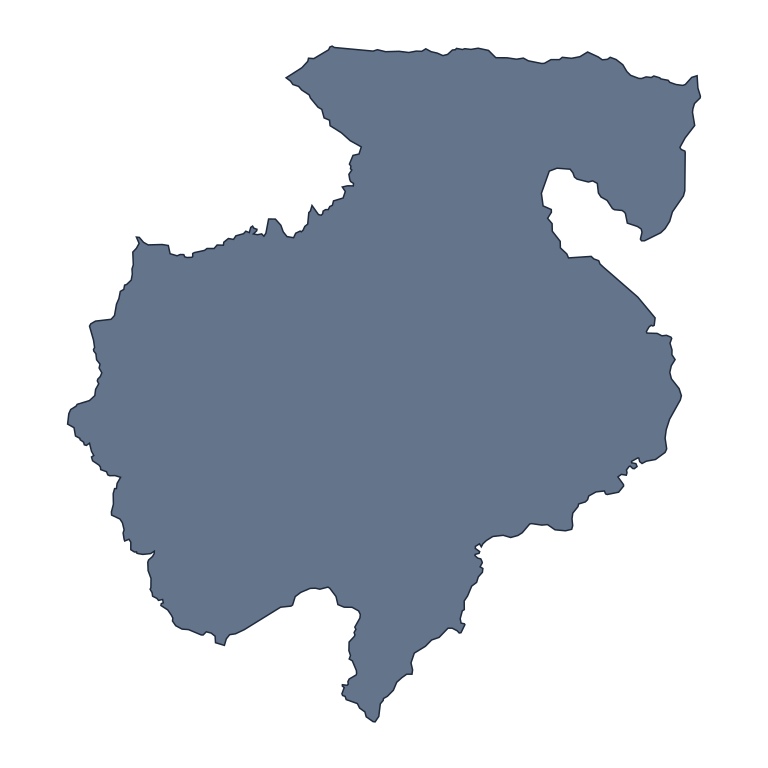 outline of Laclo, Manatuto, East Timor
{"feature_id": "22284137B24782951850467", "entity_name": "Laclo", "entity_type": "district", "adm_level": 2, "iso_a3": "TLS", "parent_name": "East Timor", "parent_adm1": "Manatuto", "projection": "albers", "projection_center": [125.887, -8.591], "detail": "fine", "context": "isolated", "style": "filled", "palette": "slate", "viewbox_px": 768, "rotation_deg": 0, "n_neighbors": 0, "source": "geoboundaries", "source_scale": "gbopen_adm2", "svg_char_len": 6024}
<svg xmlns="http://www.w3.org/2000/svg" viewBox="0 0 768 768"><path d="M697.1,75.7L691.7,77.4L685.3,84.5L682.8,85.4L676.0,84.5L669.7,82.3L668.2,80.3L660.8,78.9L659.8,77.8L653.8,76.0L651.3,77.5L646.1,76.9L641.6,78.5L638.8,78.4L630.6,75.3L626.9,71.6L622.8,64.7L616.1,59.5L610.2,57.3L607.5,59.3L602.3,59.8L598.2,56.9L587.6,52.0L579.9,56.7L571.5,58.3L562.3,57.3L559.5,59.6L551.0,59.6L544.4,63.3L541.8,63.5L528.3,60.8L523.4,58.1L516.5,59.2L507.1,57.8L495.8,57.7L488.5,50.4L478.1,48.2L471.0,49.4L464.7,48.7L462.5,49.5L456.5,48.4L455.3,49.7L452.4,50.0L447.6,54.4L442.9,55.6L437.3,53.1L431.2,51.7L425.8,48.8L421.8,51.3L416.2,51.1L408.8,52.5L399.1,51.3L385.6,51.7L377.4,49.7L373.1,51.1L334.4,47.5L332.1,46.1L329.9,47.0L328.6,49.8L313.8,58.6L308.5,58.2L307.8,61.3L301.9,67.7L286.1,77.8L290.5,81.1L292.9,84.5L298.6,86.4L301.7,90.0L309.3,95.0L310.4,98.0L318.0,107.2L321.8,109.4L324.1,117.9L329.5,120.2L330.1,125.7L341.4,132.8L350.2,140.7L361.3,146.9L359.0,154.0L353.0,155.4L349.4,164.1L350.9,166.1L350.5,168.8L351.8,170.0L348.9,174.3L349.7,179.3L350.6,181.5L353.5,183.4L353.3,185.9L347.5,185.8L342.3,187.0L345.3,191.5L343.1,198.0L333.5,200.9L332.4,205.3L329.8,206.5L328.2,209.6L325.6,209.6L323.1,211.1L322.7,213.7L321.2,215.2L318.5,214.6L312.0,205.5L310.4,211.0L308.8,212.6L307.7,224.1L304.8,226.4L303.0,230.3L301.3,231.8L300.1,231.1L295.7,233.2L293.6,237.7L287.0,236.6L283.2,231.8L280.9,225.3L275.4,219.1L268.6,219.0L265.9,233.2L263.9,236.2L261.7,233.9L257.4,234.7L253.4,233.9L256.7,230.8L257.0,229.3L253.9,228.2L252.6,226.1L250.7,227.4L249.3,232.6L245.8,231.2L243.5,233.7L235.9,235.8L233.5,239.4L228.4,238.5L223.8,242.2L223.4,245.2L217.1,245.0L214.1,248.5L207.0,248.5L204.5,250.4L194.3,252.6L192.7,253.5L192.7,256.6L191.8,257.3L186.9,257.5L184.7,256.8L183.8,254.6L180.2,254.5L177.1,255.8L170.1,253.7L168.3,245.5L162.1,244.5L148.1,244.9L143.5,242.3L139.3,237.4L136.4,237.1L139.1,243.4L136.4,248.3L132.8,252.1L133.3,264.9L132.0,268.9L132.3,274.2L131.2,280.1L126.6,284.5L124.6,285.1L123.8,289.4L120.3,291.4L118.9,298.6L116.5,304.1L114.5,315.5L111.1,319.3L95.5,321.1L90.8,323.8L89.5,326.1L93.5,340.1L94.6,347.5L93.5,349.5L93.8,351.1L95.9,353.8L96.6,359.8L100.0,364.2L99.1,368.0L101.8,372.8L100.3,376.5L97.8,379.1L97.3,380.9L98.7,383.8L95.6,389.3L94.8,395.6L89.4,400.6L77.2,404.3L76.0,406.2L70.7,409.5L68.8,413.7L67.6,424.1L74.0,427.7L75.5,436.0L79.9,438.4L80.1,439.7L83.6,442.2L84.3,444.8L86.4,445.4L89.5,443.2L91.5,451.3L93.8,455.5L91.5,457.0L92.6,460.8L99.0,465.1L100.4,467.0L100.7,469.6L106.5,471.7L107.8,474.9L109.7,475.7L115.0,475.6L120.6,477.3L117.1,483.4L116.4,488.6L114.6,488.6L113.2,493.6L113.4,504.2L111.4,511.9L111.6,515.1L119.9,519.0L122.4,522.8L124.1,529.8L123.1,533.0L124.1,539.2L124.7,541.0L129.0,539.3L130.8,542.2L130.8,549.7L134.4,552.0L136.5,551.9L136.6,553.0L138.1,553.6L142.8,554.4L150.6,553.6L154.3,551.2L154.2,553.5L152.5,556.5L148.6,560.0L147.8,562.2L148.1,570.6L151.0,578.4L150.9,587.7L150.1,589.2L152.1,592.7L152.6,596.2L156.9,598.4L158.5,600.4L162.6,599.5L163.3,602.8L161.3,603.6L160.9,605.5L167.7,609.9L171.3,615.1L172.8,618.0L172.5,621.0L175.7,625.7L182.0,629.1L188.5,629.6L201.1,634.9L203.1,635.0L206.3,631.8L211.2,633.1L215.1,636.2L215.5,642.7L224.4,645.4L226.3,638.9L229.6,634.7L235.5,633.8L244.2,629.7L280.6,607.2L291.0,606.1L292.6,605.0L295.2,596.6L300.7,592.4L310.1,588.4L315.4,588.2L319.8,589.2L328.0,587.1L329.8,588.3L336.0,596.5L337.9,604.6L344.2,607.2L352.1,607.3L358.6,610.9L360.3,614.5L359.9,618.0L354.8,627.1L355.9,629.3L354.1,632.5L354.9,634.9L354.4,636.3L349.1,642.0L348.9,650.7L350.5,655.5L349.2,659.0L352.3,660.8L356.4,670.6L356.6,673.5L356.2,674.9L349.2,679.0L347.9,681.6L348.2,684.2L347.1,685.3L342.4,684.7L342.3,686.0L344.2,687.6L341.9,693.8L342.6,695.5L345.1,696.4L346.2,699.6L357.4,703.6L359.6,708.1L364.9,711.9L366.2,716.8L373.0,721.6L375.1,721.9L378.8,716.4L380.3,703.9L383.2,700.4L383.5,698.5L387.4,696.3L393.4,690.2L396.7,682.3L401.8,677.7L406.7,674.2L412.0,674.2L412.6,669.9L411.0,662.9L414.3,653.1L425.4,646.3L431.6,640.0L439.1,637.4L448.0,628.2L452.2,628.2L457.2,630.8L459.2,633.0L461.0,632.7L464.9,624.7L464.4,623.8L461.1,623.1L460.2,618.7L462.3,610.9L464.3,609.6L464.2,601.0L467.6,595.9L471.7,586.1L476.6,582.4L478.3,576.9L482.4,572.3L482.9,568.5L480.1,566.8L482.3,562.8L482.0,561.5L480.8,558.9L477.7,558.1L474.9,555.5L475.2,554.4L479.1,553.3L479.7,551.6L475.3,548.4L475.4,546.4L479.5,543.8L481.3,546.8L482.9,543.8L486.4,540.5L492.8,536.5L503.2,535.3L510.7,537.5L517.9,535.5L522.3,532.7L529.7,524.0L531.6,523.6L541.8,525.1L547.5,524.6L555.0,529.8L565.5,530.8L571.7,529.3L572.7,525.7L572.0,518.8L572.8,513.1L578.0,506.6L578.6,504.0L585.4,501.9L587.6,499.7L588.7,496.0L596.1,491.9L604.4,491.0L605.6,493.9L607.2,494.5L618.6,492.2L623.6,486.1L623.5,484.6L617.9,476.9L621.3,474.4L626.3,475.2L627.0,472.8L626.5,469.9L629.2,466.4L630.2,466.1L632.7,468.5L634.3,468.7L637.1,466.5L635.9,463.6L631.7,462.8L631.5,461.4L637.9,457.9L638.8,458.1L639.7,461.6L642.0,463.5L646.3,461.2L655.5,459.5L665.1,452.4L666.7,448.9L665.1,438.1L666.2,429.8L669.6,419.2L680.3,400.0L681.4,395.7L679.1,388.6L671.4,378.8L669.8,372.4L671.3,365.7L675.1,359.6L671.9,354.7L672.0,349.9L670.0,343.2L671.7,338.5L671.0,337.2L666.5,335.3L661.9,335.8L657.2,333.4L647.0,333.1L646.4,331.6L648.9,327.1L651.1,325.3L652.9,326.0L654.2,325.3L655.1,317.9L637.8,297.1L603.1,266.9L600.0,264.0L598.7,260.7L593.8,258.9L591.2,256.4L568.5,257.9L566.8,253.9L560.4,247.9L560.2,241.3L552.3,231.2L552.1,223.6L547.6,218.3L551.4,212.3L551.3,209.5L543.1,205.9L541.4,193.3L549.3,171.1L557.0,168.2L570.1,169.2L572.9,172.8L574.4,177.0L577.0,179.1L588.3,182.0L592.7,180.9L597.3,183.4L598.4,193.0L601.0,197.0L607.1,200.4L612.4,208.5L614.4,209.7L622.2,210.5L624.3,212.1L625.4,213.5L627.3,223.1L637.5,226.5L641.2,229.0L642.0,232.3L640.4,239.1L641.5,240.8L644.5,240.8L660.7,232.8L665.1,228.6L669.7,221.3L672.4,211.9L683.4,196.0L684.8,190.8L685.2,152.3L684.9,151.1L681.2,149.5L679.9,147.4L685.2,137.8L694.7,125.5L692.5,112.3L692.9,108.8L694.5,103.5L700.2,97.9L700.4,96.2L697.9,88.0L697.1,75.7Z" fill="#64748b" stroke="#1e293b" stroke-width="1.5"/></svg>